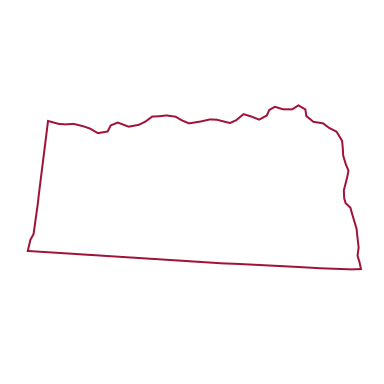 Nova Olímpia, Paraná, Brazil (Natural Earth projection), rotated 268°
{"feature_id": "56859067B47748019346141", "entity_name": "Nova Olímpia", "entity_type": "district", "adm_level": 2, "iso_a3": "BRA", "parent_name": "Brazil", "parent_adm1": "Paraná", "projection": "natural_earth1", "projection_center": [-53.054, -23.423], "detail": "fine", "context": "isolated", "style": "outline", "palette": "rose", "viewbox_px": 384, "rotation_deg": 268, "n_neighbors": 0, "source": "geoboundaries", "source_scale": "gbopen_adm2", "svg_char_len": 970}
<svg xmlns="http://www.w3.org/2000/svg" viewBox="0 0 384 384"><g transform="rotate(268 192 192)"><path d="M268.0,50.6L194.0,38.7L186.9,37.7L155.5,32.2L150.0,28.9L138.8,25.8L119.6,220.2L118.6,234.5L113.7,291.6L111.2,319.1L109.1,348.8L109.1,358.2L116.2,356.9L122.5,355.2L130.6,356.6L143.1,355.6L149.5,355.2L155.5,353.6L164.4,351.3L170.7,349.8L175.4,345.2L180.3,343.9L188.3,343.8L201.7,347.7L208.0,349.1L214.2,346.7L223.0,344.4L230.8,344.2L237.8,343.8L247.2,338.6L251.4,331.1L256.0,325.5L257.9,315.8L263.9,308.9L270.5,308.2L274.9,301.4L271.1,295.0L271.5,285.7L274.3,277.9L271.3,272.1L265.8,269.4L262.0,261.6L265.3,254.1L268.0,246.2L262.2,238.7L259.6,232.3L263.4,219.2L263.9,212.3L262.2,203.5L260.7,191.4L264.0,184.3L267.8,178.3L269.4,169.2L268.8,161.0L268.8,154.9L264.0,147.9L261.0,141.2L259.5,131.0L264.0,120.2L261.4,113.1L255.4,109.8L254.1,100.0L259.0,92.2L261.5,85.6L264.2,76.2L264.0,67.4L264.8,60.8L268.0,50.6Z" fill="none" stroke="#9f1239" stroke-width="2"/></g></svg>